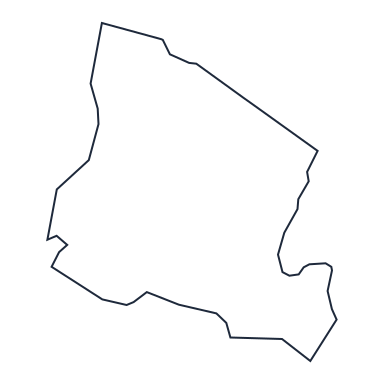 outline of Essex, New Jersey, United States of America
{"feature_id": "52423323B34984401006879", "entity_name": "Essex", "entity_type": "district", "adm_level": 2, "iso_a3": "USA", "parent_name": "United States of America", "parent_adm1": "New Jersey", "projection": "equal_earth", "projection_center": [-74.229, 40.792], "detail": "fine", "context": "isolated", "style": "outline", "palette": "slate", "viewbox_px": 384, "rotation_deg": 0, "n_neighbors": 0, "source": "geoboundaries", "source_scale": "gbopen_adm2", "svg_char_len": 683}
<svg xmlns="http://www.w3.org/2000/svg" viewBox="0 0 384 384"><path d="M51.6,266.8L102.3,299.4L126.6,305.0L133.6,302.1L146.8,292.1L178.9,304.7L216.4,313.4L226.3,322.9L230.4,337.5L282.0,339.0L310.3,361.0L336.6,319.6L331.9,309.1L327.6,291.0L332.0,270.4L331.3,266.8L325.6,263.3L309.4,264.3L303.7,267.3L298.7,274.4L289.4,275.7L282.5,272.1L278.0,254.6L284.3,232.7L297.5,209.1L298.3,199.2L308.7,181.3L307.1,171.9L317.6,150.9L259.6,109.3L242.9,97.4L234.9,91.6L196.3,63.7L189.1,62.9L169.9,54.3L162.8,39.9L161.3,39.2L101.9,23.0L90.6,83.6L97.7,108.6L98.5,124.1L88.8,160.1L56.8,189.4L47.4,239.7L56.6,235.8L67.2,244.9L59.1,252.1L51.6,266.8Z" fill="none" stroke="#1e293b" stroke-width="2"/></svg>